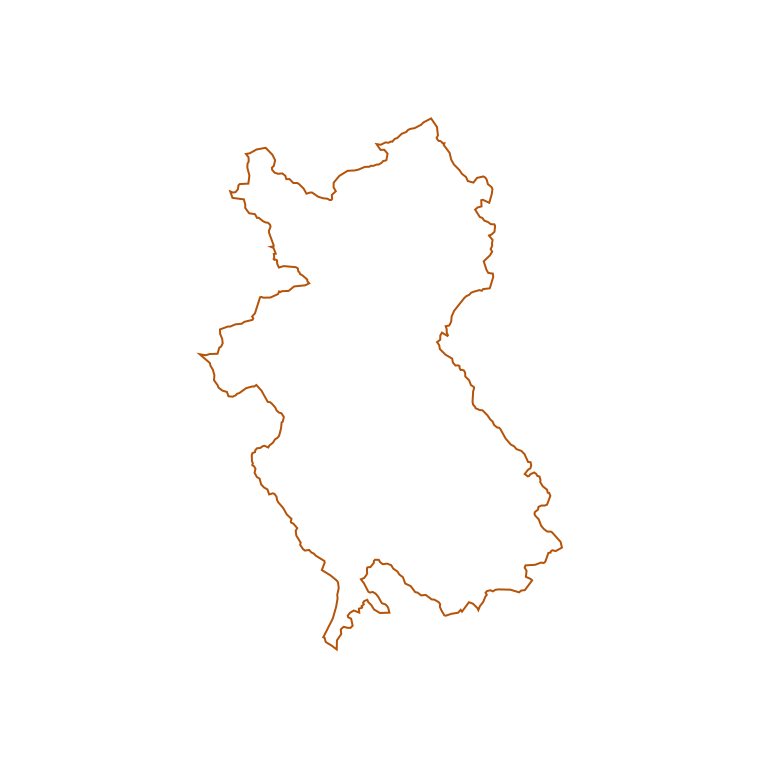 Vu Quang, Ha Tinh, Vietnam (Albers equal-area conic projection), rotated 301°
{"feature_id": "81297802B66107700635107", "entity_name": "Vu Quang", "entity_type": "district", "adm_level": 2, "iso_a3": "VNM", "parent_name": "Vietnam", "parent_adm1": "Ha Tinh", "projection": "albers", "projection_center": [105.465, 18.324], "detail": "fine", "context": "isolated", "style": "outline", "palette": "amber", "viewbox_px": 768, "rotation_deg": 301, "n_neighbors": 0, "source": "geoboundaries", "source_scale": "gbopen_adm2", "svg_char_len": 6166}
<svg xmlns="http://www.w3.org/2000/svg" viewBox="0 0 768 768"><g transform="rotate(301 384 384)"><path d="M510.1,147.2L508.5,151.2L505.1,153.4L502.4,153.6L499.1,155.4L493.3,161.3L485.9,164.5L481.1,157.4L479.5,156.9L475.5,158.5L472.0,157.9L470.3,155.9L469.9,153.0L465.5,158.3L470.1,168.8L466.2,172.8L463.5,174.3L460.9,180.4L463.1,185.9L461.0,189.7L462.0,191.0L461.2,196.7L461.6,199.6L462.5,201.6L461.8,204.3L460.5,205.7L455.9,206.5L454.3,207.7L445.9,218.2L445.1,218.4L443.3,216.3L443.7,219.2L440.9,222.9L439.9,224.1L438.7,222.6L436.4,224.5L434.3,225.0L434.0,226.1L434.8,226.9L434.9,228.5L432.0,230.6L429.7,233.9L433.4,237.3L438.7,248.2L438.7,250.6L436.3,252.7L436.2,254.0L435.0,255.4L435.1,258.1L434.0,264.4L432.6,265.4L431.8,268.0L428.1,265.7L421.3,256.7L414.7,254.3L410.8,248.5L409.4,247.8L409.3,246.4L406.6,246.9L399.6,242.1L395.9,236.2L395.4,233.9L394.5,233.1L378.1,237.0L373.9,236.2L372.9,238.2L371.2,238.2L365.3,232.2L362.4,231.0L358.6,225.9L353.9,222.5L353.0,220.7L346.3,215.3L342.7,217.6L339.2,222.2L335.7,224.8L332.1,225.1L330.3,224.1L324.2,225.7L319.8,219.0L316.8,216.4L314.6,210.7L312.3,223.9L310.2,225.9L308.2,229.8L304.2,234.1L299.7,236.3L297.2,242.1L295.7,243.9L295.1,248.9L296.3,253.4L293.4,257.0L295.1,260.7L297.8,262.7L299.8,263.0L301.8,264.7L309.5,268.0L314.2,272.5L314.8,273.9L317.4,275.1L315.2,282.4L308.8,293.5L309.7,295.6L309.5,297.6L307.9,302.8L306.0,305.6L305.4,308.8L306.1,311.1L304.2,315.1L299.7,316.6L298.4,316.0L292.7,318.7L285.4,320.8L282.9,320.4L280.5,319.1L276.4,319.0L272.2,317.4L270.0,317.5L269.5,313.4L268.1,312.0L265.5,310.9L263.4,308.2L260.8,307.8L259.2,308.5L257.0,306.8L254.7,307.4L249.8,310.6L248.6,312.4L246.6,312.9L246.5,315.1L245.1,317.5L241.2,318.8L238.8,322.9L238.8,326.1L234.6,330.5L233.5,334.5L233.6,338.4L230.2,342.4L233.0,345.0L233.4,346.7L232.1,349.8L229.5,352.1L228.1,354.3L225.9,361.2L222.1,367.9L220.7,374.2L218.1,374.9L217.4,375.7L217.6,378.3L215.8,383.8L212.8,383.9L208.9,386.9L205.1,394.3L203.0,394.9L200.8,399.5L200.5,402.0L203.2,405.3L202.2,408.5L202.5,411.5L201.7,413.9L201.6,424.1L200.2,425.2L192.5,426.5L192.4,436.6L191.2,444.7L190.3,446.7L185.8,450.3L179.2,452.5L176.2,454.7L168.1,457.8L156.5,460.9L135.6,462.4L135.9,463.7L132.8,467.0L132.8,474.0L132.1,480.2L140.0,475.7L147.7,476.1L151.0,473.6L152.3,473.5L155.1,474.5L156.3,478.6L157.7,480.9L160.7,481.6L165.9,476.7L165.6,473.4L166.8,472.2L170.4,472.7L174.3,474.8L175.3,480.5L178.5,478.2L180.7,480.3L181.5,480.3L182.0,479.2L184.7,480.2L185.8,478.7L187.9,478.9L190.4,480.9L189.0,482.7L188.0,486.8L185.6,491.6L185.6,498.4L190.8,506.4L194.2,503.0L195.3,500.9L195.8,498.6L195.0,495.0L198.7,488.6L200.0,484.7L199.9,481.4L198.1,479.5L197.8,477.7L202.9,469.4L204.7,464.8L207.5,466.9L211.3,467.3L212.9,467.1L217.5,464.2L218.3,464.3L220.2,466.7L225.3,467.4L227.1,466.5L228.8,466.9L230.6,470.1L229.3,472.5L228.9,475.7L231.6,479.1L232.4,483.5L230.5,487.0L230.2,492.1L228.6,495.3L228.1,499.8L223.9,504.9L224.5,511.0L221.7,517.9L222.5,520.4L221.9,524.7L224.7,528.4L223.9,535.8L225.1,538.2L225.2,543.2L224.2,545.5L221.9,546.5L219.6,549.7L216.8,554.9L217.2,556.3L221.7,560.1L226.1,565.3L229.9,566.0L229.0,568.1L240.7,569.2L241.5,573.5L240.0,579.6L238.8,581.3L243.3,580.6L248.1,581.3L254.0,580.4L256.2,580.7L257.4,578.6L259.5,578.9L262.0,581.4L262.3,584.1L265.0,585.5L266.9,587.9L272.8,598.3L275.0,607.1L277.5,607.9L279.9,610.9L292.0,612.1L292.4,610.1L291.8,604.9L297.3,602.4L299.0,599.2L301.4,598.7L306.8,606.6L311.8,610.6L312.8,613.1L314.7,613.8L323.9,611.9L325.2,613.6L326.4,613.2L328.2,613.9L329.2,617.2L335.4,620.8L339.6,616.7L343.4,604.5L343.4,603.1L341.6,599.8L342.1,595.4L343.5,591.6L347.7,586.3L349.0,581.5L350.2,579.8L352.0,579.3L355.7,580.7L358.2,579.7L360.9,581.5L362.6,584.4L364.6,585.9L373.8,584.2L375.7,581.7L375.2,580.3L377.4,578.1L378.1,572.7L380.5,568.3L382.2,567.7L384.8,564.9L384.2,562.6L385.3,560.9L385.5,558.3L382.0,555.9L379.8,555.7L378.9,554.8L379.3,551.0L384.6,551.6L387.1,552.9L390.0,552.2L392.4,549.9L391.4,547.6L396.3,540.5L397.4,536.2L396.4,531.1L397.6,527.5L397.4,523.9L399.9,516.3L405.3,507.0L405.8,505.1L405.0,503.4L405.6,499.4L407.8,496.4L408.3,493.4L410.5,488.7L412.2,482.0L411.0,479.5L410.4,475.0L411.4,473.7L412.2,471.0L414.3,469.1L423.6,464.2L427.1,463.3L427.7,462.4L427.9,459.0L431.0,455.1L432.3,449.8L435.4,447.8L436.7,445.7L436.5,444.0L435.5,442.5L436.6,440.6L438.3,439.4L438.2,438.0L436.6,435.7L437.9,432.0L440.9,429.3L440.8,421.6L442.7,413.9L445.7,411.3L447.2,407.9L450.9,409.4L454.5,407.3L457.9,407.2L457.9,413.6L458.7,413.7L460.6,411.1L463.3,409.5L465.3,407.1L467.4,409.5L468.7,409.8L472.2,409.4L476.7,407.2L482.7,406.4L498.9,408.5L501.4,409.2L504.6,411.2L507.0,411.6L508.8,412.9L513.6,417.4L514.3,419.8L516.4,420.1L520.4,425.3L521.0,425.3L532.0,422.5L534.7,420.4L532.9,416.2L534.6,413.1L540.5,406.3L548.6,408.5L553.1,408.6L554.6,405.9L558.2,405.6L559.8,404.3L563.4,402.9L565.5,396.8L565.7,398.0L567.8,399.3L571.4,400.3L576.7,397.8L577.7,396.4L576.0,393.3L576.4,389.7L575.7,385.8L577.0,382.7L576.5,380.1L580.4,372.3L583.5,373.3L586.5,376.1L591.6,372.7L592.8,373.8L593.5,380.9L602.5,378.5L607.0,376.5L608.2,374.7L608.8,370.1L611.9,367.0L613.1,364.6L613.1,362.3L608.6,357.6L602.7,356.9L601.1,351.3L603.6,347.8L604.3,342.5L606.2,338.6L608.2,330.8L610.9,326.1L615.9,321.2L619.6,312.2L621.5,311.8L620.5,310.2L621.2,308.8L621.2,306.9L620.5,305.7L621.1,303.9L622.0,302.4L624.9,302.2L631.6,297.0L635.9,287.6L628.6,283.1L625.3,282.3L619.0,278.4L616.1,275.0L613.8,273.6L611.7,273.4L607.4,270.2L602.0,268.8L599.4,266.9L595.9,266.3L595.5,265.1L593.1,263.6L591.9,260.9L587.4,258.0L585.8,254.1L582.9,260.4L584.9,263.6L583.3,268.4L577.3,270.7L576.4,270.4L574.8,268.5L572.1,267.9L569.4,266.4L568.2,264.6L565.5,262.5L564.2,260.3L562.6,259.5L560.3,255.8L554.9,251.9L552.1,249.1L548.0,243.0L539.3,238.5L530.7,237.2L526.7,239.4L524.4,243.4L519.1,241.9L516.0,244.2L514.7,244.1L513.7,242.7L513.7,240.1L511.8,236.0L510.6,230.9L511.1,223.8L510.0,222.0L507.2,219.5L510.1,214.5L511.6,208.2L511.6,206.1L509.6,202.7L511.0,197.5L509.3,194.8L511.7,192.1L512.1,188.3L509.6,184.9L508.8,181.5L510.0,177.8L511.6,176.5L514.3,177.2L519.8,175.4L523.0,170.3L525.5,160.9L519.4,154.0L512.5,150.0L510.1,147.2Z" fill="none" stroke="#b45309" stroke-width="2"/></g></svg>